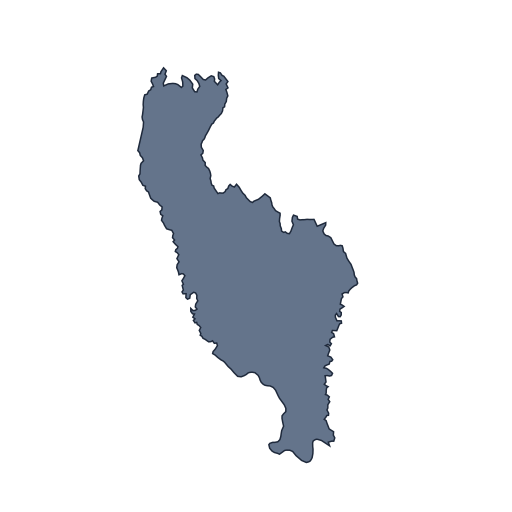 the district of Mangueirinha, Paraná, Brazil, rotated 156°
{"feature_id": "56859067B44041978289925", "entity_name": "Mangueirinha", "entity_type": "district", "adm_level": 2, "iso_a3": "BRA", "parent_name": "Brazil", "parent_adm1": "Paraná", "projection": "equal_earth", "projection_center": [-52.216, -26.037], "detail": "fine", "context": "isolated", "style": "filled", "palette": "slate", "viewbox_px": 512, "rotation_deg": 156, "n_neighbors": 0, "source": "geoboundaries", "source_scale": "gbopen_adm2", "svg_char_len": 5975}
<svg xmlns="http://www.w3.org/2000/svg" viewBox="0 0 512 512"><g transform="rotate(156 256 256)"><path d="M174.2,189.8L173.9,192.2L173.3,194.5L174.0,196.5L173.9,198.7L173.1,201.3L172.9,203.9L172.8,206.1L172.6,209.8L173.3,213.2L173.8,217.1L173.1,221.9L174.3,224.5L173.4,227.8L173.1,230.3L174.6,231.4L176.3,231.7L178.5,232.8L179.9,235.3L180.2,242.3L181.9,244.9L183.8,246.3L184.8,248.5L184.8,251.7L182.9,253.8L179.8,255.9L178.7,258.1L188.0,258.3L188.1,265.8L192.1,267.5L194.4,268.7L197.0,269.5L198.9,270.3L201.2,271.1L203.0,272.8L202.3,275.4L205.1,278.1L207.1,276.4L209.0,273.2L209.1,269.3L211.1,267.5L214.0,264.5L216.4,262.8L218.3,264.0L219.4,266.1L221.1,266.3L222.5,268.4L221.7,270.8L221.6,273.7L220.8,275.8L220.6,278.0L219.1,280.8L217.4,283.4L216.6,285.3L218.1,287.2L219.7,289.5L220.1,291.8L220.7,294.0L220.6,296.3L220.0,298.3L219.7,301.3L219.3,303.3L222.6,309.2L226.1,308.0L227.7,307.6L230.7,306.8L233.6,306.9L235.8,306.9L237.4,306.3L239.2,308.1L241.1,313.1L241.3,315.9L242.5,318.8L243.0,321.8L243.4,325.7L244.6,329.5L247.7,327.8L249.4,329.5L250.5,331.9L252.4,331.1L254.3,329.1L256.6,328.7L257.9,327.4L260.4,326.8L261.9,327.5L263.6,328.5L265.4,328.5L266.0,331.7L266.6,335.1L266.2,337.2L267.4,338.5L267.3,340.8L266.7,342.7L266.4,345.4L264.6,347.8L264.0,350.1L263.7,352.3L263.8,355.3L264.9,357.3L265.6,359.4L264.4,362.0L265.5,365.2L265.0,367.5L265.2,370.7L262.8,371.5L261.3,373.8L261.7,377.6L260.6,380.5L259.1,381.8L257.9,383.1L256.0,383.8L254.6,384.9L253.3,386.4L251.8,387.4L248.2,390.1L245.0,392.8L242.7,394.5L240.8,394.8L239.1,396.3L237.6,397.0L235.9,398.0L234.2,398.3L231.7,399.5L229.7,400.3L227.5,402.2L226.0,404.8L224.0,405.1L222.7,407.5L220.3,409.2L218.6,412.1L216.6,413.7L216.0,417.5L215.8,420.4L213.2,421.0L213.3,425.3L210.7,426.8L212.3,433.4L213.5,434.7L214.1,437.8L215.5,439.1L216.9,436.5L217.9,433.3L216.6,430.5L218.9,429.6L221.4,428.0L222.1,430.0L223.0,432.5L221.8,434.5L221.6,437.0L223.6,438.8L227.3,438.3L230.5,437.3L232.4,438.7L233.8,442.7L234.9,445.4L236.6,446.4L238.5,445.9L239.6,442.9L238.4,440.2L238.0,436.8L238.4,433.8L241.3,432.1L243.2,429.9L245.2,431.0L245.8,435.5L243.9,438.7L244.9,443.5L246.6,447.0L249.9,450.8L251.6,449.0L252.2,444.8L253.7,441.0L255.6,440.3L257.7,444.4L259.5,446.2L261.8,447.5L266.1,448.9L267.9,448.9L271.1,448.9L270.4,451.6L264.7,456.5L265.2,459.1L262.6,461.7L263.9,465.5L267.9,463.0L269.1,461.4L271.8,462.5L273.0,460.5L275.1,460.1L276.6,460.5L278.9,461.0L280.7,458.3L280.5,455.3L280.7,452.5L282.8,452.7L284.6,450.7L286.9,450.4L289.6,448.1L292.1,448.5L294.3,445.9L295.9,443.3L297.5,440.2L298.4,437.5L300.2,434.5L302.2,431.2L303.5,429.4L304.2,426.9L304.2,424.2L306.7,419.5L321.1,400.3L320.3,397.7L320.8,394.9L319.8,392.0L320.0,388.7L323.3,387.4L324.6,385.9L326.9,381.6L328.6,378.2L330.6,376.8L331.6,373.2L330.8,370.0L330.6,366.6L328.6,364.7L329.8,362.6L329.4,360.0L328.2,358.3L328.5,354.5L328.7,351.6L327.9,349.7L326.8,347.4L324.0,345.1L323.2,341.7L321.8,339.0L323.3,336.4L325.5,335.7L326.1,332.8L324.8,330.7L326.7,328.6L327.8,327.0L327.1,323.8L327.1,321.3L326.6,317.2L324.6,315.4L322.5,313.7L322.2,310.0L323.7,308.5L324.8,306.7L323.9,303.7L325.9,302.8L324.8,299.3L323.5,296.3L324.6,295.0L326.7,294.4L327.9,292.9L326.6,291.0L326.0,288.6L329.3,285.8L328.7,282.0L331.6,280.1L333.2,277.5L333.2,275.0L333.4,272.7L334.0,270.2L331.0,270.1L329.6,269.1L329.0,266.9L331.4,265.1L333.8,263.5L333.8,259.7L335.4,259.2L335.8,257.0L336.2,254.5L338.2,253.3L338.0,251.1L335.2,250.0L337.0,246.5L336.1,244.4L333.7,244.4L331.8,247.4L327.7,248.2L326.2,246.8L326.0,244.1L327.4,241.4L327.4,238.7L328.8,237.8L330.7,236.5L332.2,234.1L331.5,231.5L333.6,231.0L335.8,231.8L336.9,234.6L338.1,231.8L337.5,229.0L335.8,228.0L338.6,225.8L337.3,223.4L339.4,222.6L338.9,219.7L337.2,219.5L337.5,217.4L336.2,215.5L335.6,213.1L338.1,211.1L337.9,207.7L339.2,206.3L338.1,204.7L337.9,202.4L336.4,200.6L335.3,198.7L334.1,196.8L332.0,196.1L330.2,196.2L329.6,193.2L327.3,192.5L327.7,189.8L331.3,187.4L334.0,186.2L335.3,184.5L333.6,182.1L332.2,178.9L330.2,175.3L328.9,173.7L327.9,171.8L326.4,166.4L324.8,162.8L323.5,158.3L321.7,153.5L318.7,151.7L315.6,151.5L313.2,151.7L310.6,152.4L309.1,152.2L306.9,151.5L304.4,149.8L302.6,146.1L302.4,143.4L302.7,141.1L302.6,138.5L301.6,135.9L300.4,134.3L298.6,133.0L295.9,131.5L293.7,128.9L292.7,125.5L292.6,119.2L292.4,116.4L290.7,108.6L290.7,104.6L292.1,101.7L295.0,100.6L297.2,99.4L298.3,97.0L299.2,93.3L300.0,89.3L303.5,86.1L304.9,84.0L306.7,81.1L308.9,78.5L311.6,77.4L314.6,78.1L316.7,79.0L319.6,79.2L321.0,78.4L321.7,74.8L320.7,71.3L319.1,69.0L316.5,66.9L315.2,65.4L313.6,65.7L308.9,66.7L307.0,66.2L304.1,64.8L302.0,62.5L300.6,57.3L298.7,53.3L297.5,50.7L294.0,46.9L291.5,46.5L289.8,46.7L288.0,47.9L286.7,49.0L284.4,52.4L282.5,56.3L281.8,58.6L280.3,62.2L279.1,63.7L277.3,64.1L275.6,64.1L274.2,63.4L271.2,60.8L266.0,52.7L265.7,56.5L263.9,56.3L262.0,56.0L260.3,55.2L258.0,57.8L258.2,60.9L256.6,63.9L258.3,66.4L259.5,68.3L259.3,71.8L259.2,74.2L258.9,77.1L260.1,79.1L257.6,80.4L256.3,81.5L254.6,81.0L253.6,82.8L253.8,86.5L252.2,87.9L250.9,90.9L247.9,92.9L248.4,95.7L246.3,97.5L247.5,100.0L248.9,101.2L247.6,102.3L246.4,104.9L245.1,106.8L243.3,107.3L244.8,109.1L245.8,111.1L243.3,112.4L242.2,116.1L241.6,118.5L239.5,117.8L237.6,116.4L235.6,116.1L233.8,117.7L234.8,120.3L236.1,122.9L237.3,124.7L239.5,126.3L237.5,127.6L235.1,127.6L233.1,127.5L231.3,129.6L229.7,129.1L228.1,130.0L228.7,133.1L231.1,135.7L229.4,137.5L226.8,140.1L226.5,143.2L228.8,145.9L226.4,146.0L224.8,143.8L222.8,145.2L223.6,147.4L222.2,149.8L219.1,150.6L217.2,150.2L216.7,153.5L218.0,155.4L216.5,156.9L212.6,154.9L210.5,156.9L208.6,158.8L207.2,160.0L205.2,159.8L204.5,162.0L206.0,162.8L208.4,163.9L208.4,167.7L207.6,169.7L205.8,170.7L205.3,167.1L203.8,166.3L202.1,167.5L201.1,169.7L202.1,171.4L200.9,173.3L198.6,173.6L196.0,174.1L197.4,176.4L198.6,177.7L197.0,179.9L195.2,182.4L193.2,183.3L192.8,186.3L190.2,186.6L188.4,185.9L186.8,184.8L185.6,186.2L183.7,187.2L181.5,188.0L178.1,188.8L175.9,188.7L174.2,189.8Z" fill="#64748b" stroke="#1e293b" stroke-width="1.5"/></g></svg>